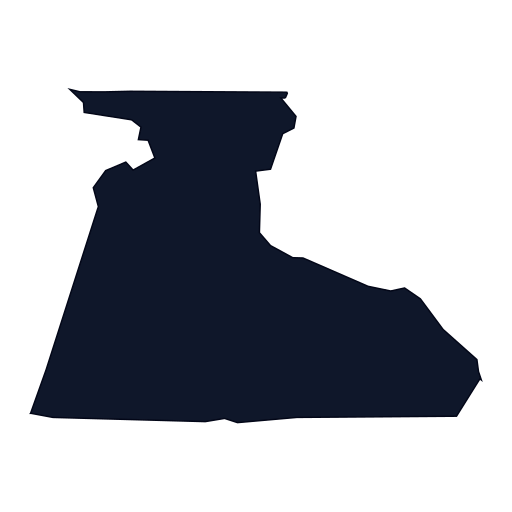 outline of Hertford, North Carolina, United States of America
{"feature_id": "52423323B21555121079401", "entity_name": "Hertford", "entity_type": "district", "adm_level": 2, "iso_a3": "USA", "parent_name": "United States of America", "parent_adm1": "North Carolina", "projection": "albers", "projection_center": [-76.982, 36.392], "detail": "fine", "context": "isolated", "style": "filled", "palette": "ink", "viewbox_px": 512, "rotation_deg": 0, "n_neighbors": 0, "source": "geoboundaries", "source_scale": "gbopen_adm2", "svg_char_len": 768}
<svg xmlns="http://www.w3.org/2000/svg" viewBox="0 0 512 512"><path d="M456.5,416.2L479.9,378.8L481.3,379.9L478.5,371.6L476.9,359.6L443.1,329.5L420.4,298.9L404.6,288.0L390.7,291.0L368.0,286.3L303.0,258.0L292.7,257.7L270.5,245.6L259.4,232.7L260.2,204.2L255.6,171.1L270.5,169.2L282.7,133.7L293.9,128.0L296.0,116.4L280.8,98.0L284.6,98.0L285.5,97.5L287.3,93.4L286.9,92.3L285.5,92.2L130.1,91.3L104.2,91.9L80.0,91.8L69.9,89.4L83.5,102.5L84.2,112.4L131.6,119.8L141.0,127.1L138.4,139.6L148.1,140.2L154.9,158.0L133.1,170.1L125.8,162.1L105.7,170.6L93.3,187.7L98.4,206.7L97.3,209.9L46.3,369.2L45.5,371.5L30.7,413.0L31.0,413.1L30.8,413.3L31.0,413.3L52.9,417.4L205.3,421.6L224.6,418.4L237.5,422.6L296.8,417.4L456.5,416.2Z" fill="#0f172a" stroke="#020617" stroke-width="1.5"/></svg>